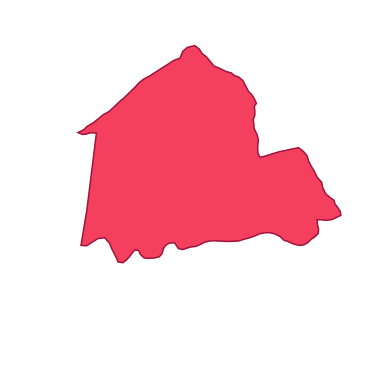 Buriti do Tocantins, Tocantins, Brazil (Natural Earth projection), rotated 314°
{"feature_id": "56859067B91064874874121", "entity_name": "Buriti do Tocantins", "entity_type": "district", "adm_level": 2, "iso_a3": "BRA", "parent_name": "Brazil", "parent_adm1": "Tocantins", "projection": "natural_earth1", "projection_center": [-48.13, -5.348], "detail": "fine", "context": "isolated", "style": "filled", "palette": "rose", "viewbox_px": 384, "rotation_deg": 314, "n_neighbors": 0, "source": "geoboundaries", "source_scale": "gbopen_adm2", "svg_char_len": 1722}
<svg xmlns="http://www.w3.org/2000/svg" viewBox="0 0 384 384"><g transform="rotate(314 192 192)"><path d="M278.6,315.3L281.0,312.3L282.1,307.6L282.7,303.3L284.7,299.6L283.9,295.1L283.6,289.5L285.8,283.3L289.1,278.3L289.5,272.0L291.9,265.4L293.4,259.8L295.2,254.7L298.1,249.2L298.6,243.9L297.9,237.8L281.6,226.8L276.1,223.7L268.9,219.8L264.1,216.7L265.8,212.4L270.0,207.9L275.8,203.4L278.7,198.5L280.8,192.6L284.2,188.8L286.9,185.5L290.7,184.0L293.9,181.0L296.8,177.4L300.5,176.8L302.2,172.4L303.5,167.9L303.6,162.9L305.5,157.2L307.5,151.1L307.2,146.0L305.3,141.8L304.9,137.5L302.3,132.6L300.2,126.1L297.9,120.3L298.6,114.3L299.2,108.1L298.6,103.2L299.9,97.8L299.2,92.3L292.8,88.2L286.8,87.6L279.9,90.4L274.3,87.6L245.7,80.8L239.6,78.8L233.8,78.0L228.6,78.2L212.4,77.7L208.4,77.2L192.5,76.5L186.2,74.5L173.7,73.0L166.2,70.9L162.3,71.0L155.5,68.7L157.3,73.2L160.3,75.8L164.3,78.0L167.9,82.4L105.7,129.1L76.5,149.2L80.0,153.5L93.2,156.7L98.4,161.0L97.9,168.1L95.8,172.8L94.0,177.8L92.5,182.3L90.3,187.5L93.2,191.5L97.3,192.0L101.7,192.0L106.4,191.4L110.3,191.1L112.9,194.0L111.2,198.5L111.3,203.4L113.9,206.6L118.3,210.7L122.7,213.5L126.6,213.3L131.7,210.7L136.0,210.2L139.6,211.3L143.3,214.8L141.9,221.5L144.1,225.3L147.6,227.1L151.7,229.4L155.5,232.5L159.5,234.2L164.4,235.9L168.7,238.5L172.0,241.5L175.0,245.0L178.1,248.4L180.9,251.7L185.0,255.7L188.9,259.4L193.8,262.1L199.1,265.3L203.8,267.6L208.5,269.5L212.7,272.3L216.5,275.9L219.3,280.4L221.2,286.3L221.2,291.7L223.1,295.7L224.9,300.7L228.1,306.3L231.8,309.3L236.3,310.5L240.7,310.6L245.0,311.5L249.6,311.6L253.0,309.1L255.6,305.2L258.9,301.1L262.1,304.7L264.7,308.0L269.0,311.6L274.0,313.6L278.6,315.3Z" fill="#f43f5e" stroke="#9f1239" stroke-width="1.5"/></g></svg>